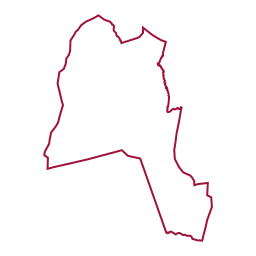 outline of Kimiti, Sila, Chad
{"feature_id": "50815135B66817745888418", "entity_name": "Kimiti", "entity_type": "district", "adm_level": 2, "iso_a3": "TCD", "parent_name": "Chad", "parent_adm1": "Sila", "projection": "equal_earth", "projection_center": [22.332, 11.896], "detail": "fine", "context": "isolated", "style": "outline", "palette": "rose", "viewbox_px": 256, "rotation_deg": 0, "n_neighbors": 0, "source": "geoboundaries", "source_scale": "gbopen_adm2", "svg_char_len": 4287}
<svg xmlns="http://www.w3.org/2000/svg" viewBox="0 0 256 256"><path d="M70.5,40.3L70.1,50.9L68.8,55.0L66.3,58.6L65.7,64.1L63.8,68.9L59.3,72.2L57.6,83.7L59.9,93.1L61.8,101.3L63.0,105.1L61.5,109.9L60.5,113.2L59.4,117.4L58.1,122.5L55.6,126.7L51.1,132.5L49.6,139.9L49.2,143.7L44.9,151.6L44.2,155.0L47.9,157.8L47.6,168.8L53.8,167.1L74.1,162.5L87.9,159.3L121.9,150.2L127.8,155.8L140.2,158.5L166.2,232.5L166.7,232.8L166.7,232.7L167.5,232.5L168.3,232.7L168.7,232.8L168.9,232.9L169.2,232.2L170.2,231.8L170.3,231.7L170.8,231.7L171.3,231.7L174.0,233.3L174.8,234.0L175.4,234.4L175.6,234.4L175.8,234.4L176.0,234.3L176.2,234.0L176.7,233.7L178.5,233.0L179.0,233.0L179.2,232.9L180.9,233.7L182.6,234.7L183.0,235.0L184.3,234.9L185.3,234.9L185.6,235.1L186.4,235.5L186.6,235.5L187.1,235.8L187.8,235.9L189.8,235.6L190.3,235.8L190.7,236.0L191.6,236.9L191.7,237.0L191.8,237.4L191.9,237.8L192.0,238.1L192.2,238.5L192.4,238.8L192.8,239.1L193.1,239.1L193.3,239.0L197.0,240.3L199.7,240.3L200.2,240.6L201.3,240.5L202.1,240.6L202.4,239.6L202.6,239.3L203.6,234.6L204.2,232.6L204.2,232.3L204.8,230.5L206.4,223.6L206.7,222.1L206.9,221.0L206.9,220.8L208.3,216.9L211.6,207.7L211.8,206.8L211.9,206.7L211.5,201.3L211.3,197.9L211.1,197.2L209.8,196.6L208.7,196.1L207.2,195.3L207.3,193.6L207.5,189.0L207.8,183.8L207.8,182.9L205.0,183.3L197.9,184.1L194.8,185.1L194.7,185.1L194.4,185.2L194.2,181.0L193.0,179.1L192.8,178.7L192.5,178.2L192.2,177.7L190.3,175.5L188.7,174.8L184.5,173.0L184.1,172.8L183.3,172.4L183.0,172.1L179.3,167.5L178.9,166.9L176.4,162.0L175.4,160.1L175.1,159.5L174.8,158.9L174.6,155.8L174.4,151.8L174.3,151.3L174.2,150.2L175.0,145.3L175.4,142.6L176.1,137.1L176.6,133.1L177.3,130.0L179.0,121.6L181.1,109.3L181.1,109.2L181.6,107.6L181.1,107.2L180.7,107.3L180.6,107.6L180.2,108.7L179.7,109.1L178.4,108.7L177.9,108.1L177.6,107.9L177.1,108.2L176.9,108.6L175.2,109.3L174.4,109.4L174.2,109.3L173.8,109.0L173.7,108.9L173.3,108.9L173.2,108.9L171.6,109.9L171.3,110.2L171.0,110.5L170.8,110.9L170.7,111.2L170.2,111.5L168.6,112.0L167.6,112.0L167.5,111.8L167.5,111.7L167.3,111.0L167.2,110.4L167.3,109.3L167.3,109.2L167.7,108.4L167.7,108.0L167.6,107.8L167.5,107.7L167.5,106.7L168.0,106.4L168.2,106.2L168.3,104.6L168.3,104.3L168.6,103.0L168.9,99.3L168.9,99.2L169.0,98.3L169.0,97.8L169.0,97.7L169.1,97.0L169.1,96.7L168.7,96.0L168.5,95.5L168.7,94.5L168.7,94.2L168.5,93.7L168.3,93.2L168.1,91.9L168.0,91.5L167.6,90.9L167.4,90.7L167.2,90.5L167.1,90.3L167.1,90.2L167.4,89.4L167.1,88.0L166.9,87.9L166.9,88.0L166.4,88.3L166.1,88.2L165.9,88.1L165.9,87.9L165.9,87.7L166.1,87.6L166.4,86.9L165.6,85.9L165.0,84.9L165.3,84.1L165.4,83.9L165.4,83.5L165.4,83.3L164.6,83.0L164.6,82.9L164.4,82.6L164.4,82.0L164.4,81.8L164.6,81.3L164.7,81.1L164.9,80.9L164.9,80.7L164.4,79.8L164.3,79.6L163.7,78.2L163.6,77.8L163.6,77.7L163.6,76.8L163.5,76.3L163.6,75.7L163.2,75.3L163.5,74.5L163.4,74.0L163.3,73.6L163.2,73.0L163.0,72.2L163.7,71.9L163.8,71.6L163.8,71.4L163.7,71.1L163.5,70.6L163.3,70.2L162.9,69.9L162.7,69.8L162.4,69.6L162.3,69.1L162.0,68.6L161.7,67.9L161.1,67.6L161.0,67.1L160.9,66.4L159.8,65.4L159.7,65.2L159.6,65.4L159.4,65.8L158.4,65.5L158.3,65.4L157.7,63.7L157.9,63.4L158.1,63.2L158.4,63.1L159.3,62.3L159.6,62.0L159.6,61.9L159.7,61.6L159.9,61.1L159.9,60.8L160.2,60.2L160.6,59.2L161.1,57.9L161.9,57.2L162.0,56.3L162.0,56.2L162.3,56.0L162.5,56.0L163.0,55.8L163.0,55.7L163.0,55.3L163.0,54.8L163.0,54.5L163.0,52.8L164.7,46.4L165.6,42.7L165.8,41.9L160.8,40.0L153.1,35.5L153.0,35.4L152.6,35.1L151.5,34.3L145.1,29.3L144.8,29.0L143.0,27.6L143.0,32.7L143.0,32.8L142.9,33.0L139.2,37.2L135.7,38.5L127.6,41.1L127.3,41.2L126.8,41.4L126.3,41.5L121.5,43.0L121.5,42.8L121.4,42.2L121.0,41.8L120.8,41.6L120.8,41.4L120.8,40.5L120.7,40.5L120.0,40.1L119.9,39.9L119.8,39.5L119.8,39.4L119.7,38.8L119.7,38.6L118.4,36.9L117.4,36.5L116.9,36.1L116.9,35.9L116.3,34.8L116.3,34.7L116.3,34.1L116.3,33.9L116.2,33.4L115.9,32.9L115.6,32.6L114.9,31.8L114.8,31.7L114.2,31.1L113.9,30.3L113.8,30.1L113.7,29.9L113.6,29.3L113.6,28.8L113.6,28.7L113.9,27.7L114.0,27.2L114.1,26.9L114.0,26.1L113.4,25.1L113.0,25.1L112.4,24.9L112.0,24.4L111.8,23.5L111.4,23.1L110.7,22.5L110.4,22.2L110.2,22.0L110.1,21.6L106.7,20.6L103.9,19.4L98.5,15.4L95.4,17.2L91.3,19.3L86.2,21.5L81.4,25.0L77.6,30.2L75.9,31.6L75.5,32.2L74.8,33.6L73.0,36.7L70.5,40.3Z" fill="none" stroke="#9f1239" stroke-width="2"/></svg>